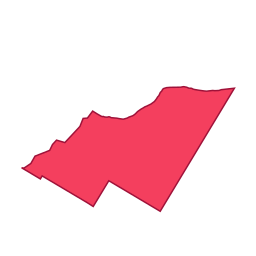 outline of Big Stone, Minnesota, United States of America, rotated 121°
{"feature_id": "52423323B63944458530460", "entity_name": "Big Stone", "entity_type": "district", "adm_level": 2, "iso_a3": "USA", "parent_name": "United States of America", "parent_adm1": "Minnesota", "projection": "albers", "projection_center": [-96.519, 45.381], "detail": "fine", "context": "isolated", "style": "filled", "palette": "rose", "viewbox_px": 256, "rotation_deg": 121, "n_neighbors": 0, "source": "geoboundaries", "source_scale": "gbopen_adm2", "svg_char_len": 1021}
<svg xmlns="http://www.w3.org/2000/svg" viewBox="0 0 256 256"><g transform="rotate(121 128 128)"><path d="M180.0,57.5L39.1,57.3L47.2,67.9L47.8,68.3L49.1,69.5L51.3,72.8L52.2,74.7L56.0,79.7L57.1,82.0L59.0,86.4L60.8,91.0L61.2,92.5L61.2,93.8L61.5,94.5L62.5,96.3L62.8,98.6L63.8,101.4L64.2,102.0L65.9,103.9L69.1,109.0L71.3,112.6L73.5,115.7L75.7,117.7L76.5,118.1L77.7,118.2L78.9,118.1L80.9,118.6L84.4,118.2L86.1,118.6L88.4,118.6L91.7,119.0L95.7,120.7L99.7,123.3L101.1,124.4L102.9,125.3L105.2,126.6L109.1,128.3L110.6,128.6L112.8,129.2L115.0,130.2L118.3,132.9L119.8,133.7L122.9,136.6L124.5,140.4L125.3,142.6L127.5,147.1L127.8,147.7L127.9,149.2L128.1,149.9L128.4,150.4L129.5,151.5L130.6,153.7L130.8,155.1L131.4,155.8L131.7,157.0L131.8,161.8L131.7,167.0L140.4,167.9L142.9,171.4L151.4,170.0L173.0,174.6L175.2,183.0L181.0,184.2L187.5,183.6L200.0,193.2L208.5,193.0L215.9,196.5L216.9,198.7L216.8,176.9L213.3,176.9L213.0,124.5L213.2,117.4L183.1,117.3L182.8,57.5L180.0,57.5Z" fill="#f43f5e" stroke="#9f1239" stroke-width="1.5"/></g></svg>